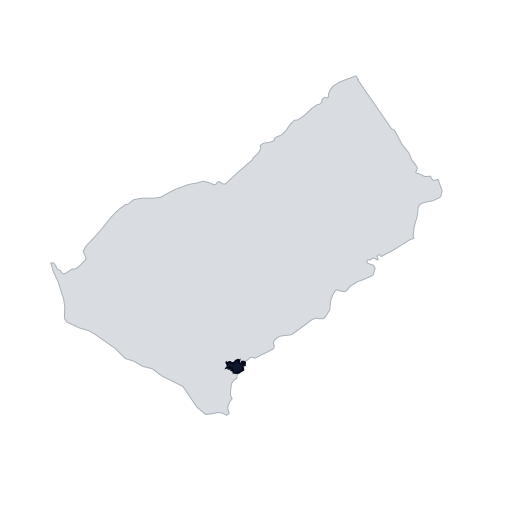 Ho Municipal, Volta, Ghana (highlighted), rotated 56°
{"feature_id": "2480657B35240131522033", "entity_name": "Ho Municipal", "entity_type": "district", "adm_level": 2, "iso_a3": "GHA", "parent_name": "Ghana", "parent_adm1": "Volta", "projection": "natural_earth1", "projection_center": [0.554, 6.677], "detail": "fine", "context": "in_parent", "style": "filled", "palette": "ink", "viewbox_px": 512, "rotation_deg": 56, "n_neighbors": 0, "source": "geoboundaries", "source_scale": "gbopen_adm2", "svg_char_len": 6566}
<svg xmlns="http://www.w3.org/2000/svg" viewBox="0 0 512 512"><g transform="rotate(56 256 256)"><path d="M306.2,65.3L309.5,69.0L310.2,71.0L309.0,78.9L306.6,84.4L305.0,89.5L305.2,92.1L306.7,94.7L311.8,98.7L314.4,101.4L317.4,105.3L321.0,109.2L327.0,114.3L329.5,115.2L329.4,116.6L328.6,118.6L328.0,137.4L327.6,142.3L327.1,144.7L326.6,151.8L325.9,152.8L324.8,152.7L323.7,153.0L323.5,154.4L323.9,155.8L327.5,156.8L326.7,157.9L324.0,158.9L322.8,161.0L323.3,163.4L321.8,165.4L322.3,166.7L323.2,167.6L324.8,167.3L329.0,164.0L330.8,163.7L333.0,164.3L337.1,169.3L337.2,171.7L335.6,180.0L334.0,186.4L333.7,195.0L335.4,199.8L335.1,202.4L333.3,204.7L329.1,208.0L329.4,210.2L331.3,214.4L334.8,219.1L341.8,224.9L345.4,232.5L345.5,235.5L343.4,238.6L340.9,241.2L340.1,245.1L341.2,270.4L335.7,281.3L335.7,284.5L336.2,288.1L337.7,290.3L340.5,290.9L342.7,293.0L341.9,300.7L340.7,308.6L340.5,312.4L339.9,314.2L337.7,315.7L336.9,318.1L337.5,321.2L337.0,323.5L338.2,326.4L340.7,330.0L344.7,339.1L346.3,339.8L346.9,341.7L346.5,343.6L348.1,347.6L352.5,351.6L357.2,355.1L361.0,355.6L361.9,358.7L364.4,362.7L366.2,364.4L369.1,365.6L371.5,366.2L371.6,369.5L367.3,371.8L364.4,375.3L362.2,380.6L359.2,386.4L348.7,389.4L344.7,389.5L323.2,389.6L303.0,401.1L291.4,405.1L284.3,411.6L274.7,416.2L268.0,421.7L254.1,424.4L231.2,433.1L224.1,436.6L216.8,442.7L205.1,449.8L200.5,449.7L191.3,443.0L184.4,439.7L167.4,434.6L154.8,432.6L148.7,430.4L147.0,430.1L148.5,427.7L152.0,427.5L155.7,428.2L158.5,426.4L162.6,426.2L163.7,424.3L164.0,419.4L164.0,415.6L165.4,413.8L165.8,409.3L163.8,399.1L162.4,398.0L155.0,396.5L154.5,394.5L153.1,392.4L151.7,387.2L150.1,379.4L147.6,369.8L142.7,353.9L141.4,348.3L140.6,342.5L140.4,335.7L141.5,333.1L141.3,329.6L140.9,326.1L144.4,318.0L151.2,308.1L152.7,304.5L154.0,302.0L154.2,298.5L155.4,286.9L158.7,273.0L160.8,267.7L162.2,264.9L163.8,260.2L164.3,258.0L170.6,252.6L173.5,251.1L174.1,249.0L173.1,246.6L173.6,245.0L175.1,244.2L177.4,243.5L179.1,241.3L176.5,224.1L174.4,206.9L174.3,205.5L173.0,203.1L171.7,196.0L169.6,191.9L166.7,190.7L166.7,186.8L169.7,180.2L170.5,176.3L169.0,175.1L168.8,172.1L169.9,167.3L169.4,164.3L168.8,161.1L165.8,153.6L165.0,148.3L166.6,145.1L166.6,138.3L164.9,127.8L164.7,121.2L165.8,118.5L165.3,115.8L163.0,113.3L162.9,110.9L164.8,108.5L164.6,106.7L162.2,105.3L160.0,102.1L158.2,97.0L158.6,88.8L162.2,73.7L162.7,72.4L166.7,72.5L166.7,73.1L179.3,73.0L193.7,72.8L211.0,72.6L226.6,72.5L227.3,71.8L229.9,70.9L245.7,72.5L255.6,71.7L259.7,72.2L262.8,73.2L269.6,72.6L273.3,73.0L276.0,76.8L277.1,76.7L278.7,75.1L281.4,73.3L284.2,71.9L286.2,68.9L287.4,66.7L289.2,67.1L291.8,67.0L293.5,65.1L294.2,62.2L306.2,65.3Z" fill="#d9dde1" stroke="#a8b0b8" stroke-width="1"/><path d="M342.8,336.8L342.8,336.6L342.8,336.4L343.0,336.4L343.0,336.2L342.8,336.2L342.9,335.9L343.0,335.6L342.9,335.6L343.0,335.5L342.9,335.5L343.0,335.2L343.1,334.9L343.1,334.7L343.3,334.6L343.2,334.5L343.2,334.4L343.1,334.1L343.2,333.9L343.2,333.6L343.3,333.5L343.3,333.4L343.2,333.3L343.2,333.2L343.2,332.9L343.2,332.7L343.3,332.7L343.4,332.3L343.5,332.2L343.4,332.0L343.4,331.9L343.5,331.9L343.4,331.6L343.2,331.4L343.3,331.1L343.3,330.9L343.3,330.7L343.5,330.5L343.5,330.4L343.5,330.5L343.6,330.4L343.5,330.2L343.4,330.1L343.2,330.0L343.1,329.9L342.9,329.9L342.7,329.8L342.7,329.7L342.4,329.7L342.2,329.7L341.9,329.3L341.8,329.5L341.7,329.4L341.6,329.5L341.4,329.6L341.2,329.6L341.1,329.4L341.0,329.2L340.8,329.2L340.6,329.0L340.5,328.9L340.4,329.0L340.3,328.9L340.0,328.9L339.8,328.6L339.7,328.4L339.5,328.2L339.8,328.1L339.7,328.0L339.6,327.9L339.4,327.7L339.2,327.6L339.3,327.5L339.2,327.4L339.2,327.2L339.3,327.2L339.3,326.8L339.2,326.7L339.3,326.7L339.2,326.4L339.3,326.4L339.3,326.5L339.5,326.6L339.8,326.4L339.7,326.4L339.8,326.4L339.7,326.3L339.7,326.2L339.8,326.2L339.6,326.0L339.5,325.9L339.4,326.0L339.4,325.9L339.3,325.7L339.2,325.7L339.2,325.4L339.3,325.4L339.2,325.3L339.3,325.3L339.2,325.2L338.9,325.1L338.7,324.9L338.6,324.7L338.6,324.8L338.5,324.7L338.3,324.6L338.2,324.5L338.1,324.8L337.8,324.9L337.8,325.0L337.6,324.9L337.4,324.9L336.9,324.9L336.8,325.0L336.6,325.2L336.5,325.5L336.4,325.6L336.2,325.7L336.0,325.8L336.0,326.1L336.2,326.3L335.9,326.4L335.8,326.6L335.6,326.8L335.7,327.0L335.8,327.3L336.1,327.3L336.3,327.3L336.5,327.3L336.9,327.2L336.9,327.3L336.8,327.5L336.7,327.9L336.7,328.0L336.9,328.1L336.8,328.7L336.8,328.9L336.6,328.9L336.5,329.2L336.2,329.2L336.0,329.3L335.8,329.5L335.7,329.7L335.5,330.0L335.4,330.0L335.4,329.7L335.2,329.4L335.0,329.5L334.8,330.0L334.7,329.9L334.8,329.4L334.7,329.2L334.4,329.3L334.2,329.6L334.0,329.8L333.7,329.8L333.7,329.6L333.6,329.4L333.6,329.1L333.4,328.7L333.6,328.3L333.6,328.2L333.4,328.1L333.1,327.8L333.1,328.0L332.8,328.2L332.7,328.4L332.4,328.5L332.1,328.6L332.1,328.8L331.6,329.2L331.6,329.4L331.6,329.8L331.6,330.1L331.7,330.5L331.7,330.9L331.4,331.0L331.4,331.4L331.4,331.5L331.5,331.6L331.6,331.9L331.6,332.0L331.6,332.4L331.7,332.6L331.8,332.6L331.8,332.8L331.9,333.0L332.0,333.0L332.0,333.5L331.9,333.7L331.9,333.8L332.0,334.0L331.9,334.2L331.9,334.3L331.9,334.5L331.9,334.8L331.6,335.1L331.3,335.3L331.2,335.5L330.7,335.8L330.6,336.1L330.5,336.4L330.3,336.7L330.1,336.7L329.8,336.7L329.7,336.7L329.3,336.5L329.2,336.7L329.1,336.8L329.1,337.1L328.9,337.2L328.8,337.3L328.7,337.5L328.8,337.6L328.8,337.8L328.7,338.1L328.8,338.2L328.7,338.3L328.6,338.7L328.6,338.9L328.6,339.1L328.4,339.3L328.4,339.6L328.2,339.6L327.9,339.7L327.8,339.9L327.7,339.9L327.5,340.0L327.4,340.0L327.5,340.2L328.5,340.3L328.6,340.5L328.8,340.4L329.2,340.2L329.2,340.4L329.3,340.5L329.7,340.3L330.0,340.5L330.3,340.7L330.6,340.9L330.8,341.0L331.0,341.3L331.4,341.4L331.5,341.6L331.8,341.6L332.0,341.7L332.1,341.9L332.2,342.0L332.3,342.2L332.2,342.4L332.3,342.6L332.2,342.8L332.1,343.3L332.2,343.5L332.3,343.1L332.7,342.6L332.9,342.4L332.7,342.1L333.0,341.9L333.2,341.3L333.5,340.9L333.8,340.2L333.8,339.9L334.0,340.0L334.1,340.7L334.3,341.0L334.7,341.3L334.7,341.5L334.8,341.4L334.9,341.0L335.1,340.8L335.2,340.6L335.2,340.4L335.2,340.1L335.3,339.9L335.2,339.6L335.1,339.3L335.1,338.9L335.1,338.7L335.4,338.7L335.6,338.6L336.8,338.8L336.7,339.0L336.9,339.5L336.9,339.8L337.0,340.2L337.0,340.3L337.1,340.2L337.7,340.1L338.1,339.8L338.2,339.7L338.4,339.3L338.5,339.1L339.1,339.3L339.4,339.5L339.6,339.7L340.1,340.0L340.1,339.9L340.1,339.7L340.3,339.6L340.4,339.4L340.7,339.2L340.9,339.2L341.2,339.1L341.3,339.0L341.6,338.7L341.8,338.2L342.0,338.0L342.2,337.7L342.3,337.5L342.4,337.3L342.4,337.2L342.5,337.0L342.6,336.9L342.8,336.8ZM343.0,336.7L342.8,336.8L343.0,336.7Z" fill="#0f172a" stroke="#020617" stroke-width="1.5"/></g></svg>